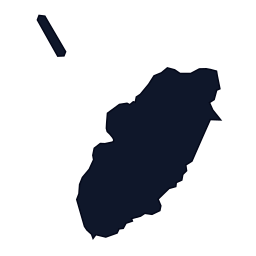 Merizo, Guam, rotated 91°
{"feature_id": "77769853B7245743220793", "entity_name": "Merizo", "entity_type": "district", "adm_level": 2, "iso_a3": "GUM", "parent_name": "Guam", "parent_adm1": "", "projection": "natural_earth1", "projection_center": [144.684, 13.261], "detail": "fine", "context": "isolated", "style": "filled", "palette": "ink", "viewbox_px": 256, "rotation_deg": 91, "n_neighbors": 0, "source": "geoboundaries", "source_scale": "gbopen_adm2", "svg_char_len": 1144}
<svg xmlns="http://www.w3.org/2000/svg" viewBox="0 0 256 256"><g transform="rotate(91 128 128)"><path d="M160.0,63.5L149.4,59.1L135.3,53.2L118.1,45.9L118.3,35.5L108.5,43.6L101.2,47.0L98.1,42.4L88.6,40.0L87.2,36.8L74.0,39.7L69.6,40.5L68.1,46.6L67.4,50.9L67.7,57.7L72.4,66.2L72.6,76.9L69.0,82.4L67.2,89.7L72.2,95.5L75.4,102.9L83.9,108.1L94.2,116.3L96.8,120.2L102.2,121.2L101.7,123.2L104.7,126.6L103.3,129.4L104.6,137.0L113.6,148.8L123.3,149.4L128.7,149.6L131.9,148.7L134.4,146.0L137.7,143.2L139.6,142.1L141.8,142.2L142.5,143.8L144.1,150.8L144.0,155.4L148.8,161.4L155.9,162.7L160.3,161.8L165.0,163.9L169.9,166.0L178.2,172.7L185.3,175.4L194.6,175.9L200.4,178.0L227.1,169.8L230.8,167.2L234.8,162.6L239.0,161.0L235.2,158.3L237.4,148.3L233.2,137.1L229.0,135.2L228.4,131.0L223.2,128.3L221.0,122.0L218.5,122.9L215.9,113.9L213.0,109.7L213.9,102.5L210.0,94.7L205.2,93.8L198.6,96.7L187.7,85.9L185.7,79.2L181.7,78.8L179.1,73.3L173.5,72.4L169.7,68.7L164.0,69.6L160.0,63.5ZM17.6,213.1L17.0,218.9L21.5,220.5L39.8,209.8L57.4,199.5L57.3,198.4L57.0,193.3L52.8,191.7L44.4,196.8L24.4,209.0L17.6,213.1Z" fill="#0f172a" stroke="#020617" stroke-width="1.5"/></g></svg>